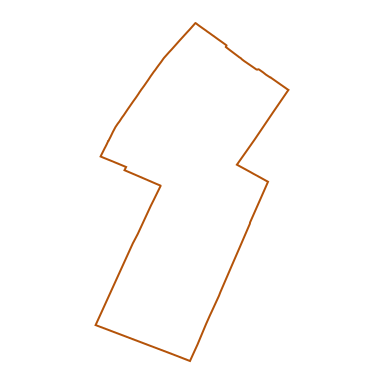 the district of Colelia, Ialomita, Romania
{"feature_id": "2599482B37607377931604", "entity_name": "Colelia", "entity_type": "district", "adm_level": 2, "iso_a3": "ROU", "parent_name": "Romania", "parent_adm1": "Ialomita", "projection": "equal_earth", "projection_center": [27.004, 44.773], "detail": "fine", "context": "isolated", "style": "outline", "palette": "amber", "viewbox_px": 384, "rotation_deg": 0, "n_neighbors": 0, "source": "geoboundaries", "source_scale": "gbopen_adm2", "svg_char_len": 1769}
<svg xmlns="http://www.w3.org/2000/svg" viewBox="0 0 384 384"><path d="M190.0,361.0L190.4,360.1L192.9,354.6L196.7,346.3L197.4,344.8L206.0,324.2L209.9,315.4L211.5,312.0L219.0,295.7L220.3,292.3L232.1,264.9L239.7,247.4L249.9,223.7L250.0,222.6L260.7,198.4L268.0,181.8L261.0,177.9L254.0,174.1L250.3,172.0L236.9,164.7L245.8,152.1L254.6,139.6L268.2,119.5L273.2,112.1L287.4,91.4L288.4,90.0L288.2,89.9L287.8,89.5L287.0,89.0L286.5,88.7L286.3,88.5L279.7,83.9L270.9,77.7L270.6,77.4L270.3,77.5L270.0,77.3L266.0,74.7L264.5,73.5L263.0,72.3L259.0,69.5L258.6,69.3L258.1,69.3L257.5,69.6L257.0,69.6L256.3,69.4L252.0,66.4L244.1,61.0L242.0,59.4L240.8,58.2L238.9,57.0L238.6,56.7L234.6,53.7L230.1,50.3L225.8,47.0L225.9,46.6L226.5,45.7L226.5,45.4L225.5,44.6L220.9,41.3L218.5,39.6L208.5,32.4L207.3,31.6L206.3,30.8L202.6,28.2L199.5,26.0L198.4,25.2L197.2,24.3L196.5,23.7L195.7,23.2L195.4,23.1L195.1,23.4L189.6,29.6L186.9,32.5L179.7,40.4L175.0,45.7L171.7,49.4L168.9,52.4L166.5,55.1L164.0,57.9L163.4,58.7L163.1,59.1L161.3,61.7L159.1,64.6L156.9,67.6L155.0,70.3L154.0,71.5L151.6,74.9L150.8,76.0L148.5,79.5L144.4,85.4L142.0,88.7L141.5,89.3L140.5,90.8L139.4,92.4L138.4,94.0L135.8,97.8L133.4,101.1L127.7,109.3L126.9,110.5L123.6,115.4L122.1,117.4L120.4,120.0L119.5,121.4L117.8,123.6L115.5,127.0L112.9,131.9L111.6,134.6L110.4,137.1L109.3,139.2L108.3,141.3L108.3,141.2L108.1,141.2L108.1,141.3L108.0,141.6L107.8,142.0L107.5,142.5L107.2,143.3L105.2,147.3L105.0,147.6L104.7,148.2L104.3,149.0L102.8,152.0L101.2,155.2L100.6,156.5L103.2,157.6L111.6,161.0L126.1,167.0L124.5,170.2L143.2,178.2L155.7,183.6L160.5,185.6L160.6,185.9L153.4,200.6L150.9,205.6L137.8,233.9L133.6,241.9L132.9,243.2L101.0,313.3L97.7,320.5L95.6,325.1L171.9,354.0L189.7,360.9L190.0,361.0Z" fill="none" stroke="#b45309" stroke-width="2"/></svg>